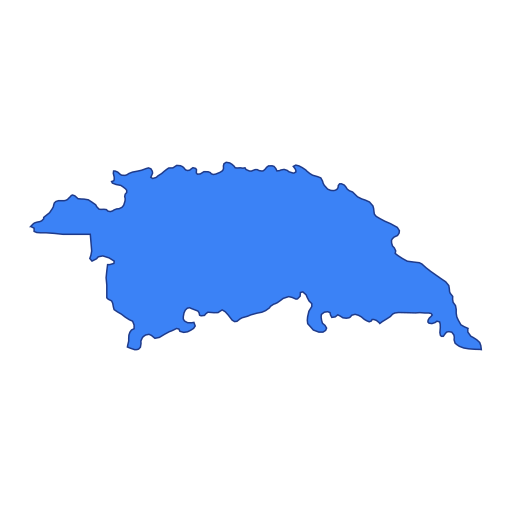 the district of Mazyr, Gomel, Belarus
{"feature_id": "67162791B88851399193905", "entity_name": "Mazyr", "entity_type": "district", "adm_level": 2, "iso_a3": "BLR", "parent_name": "Belarus", "parent_adm1": "Gomel", "projection": "robinson", "projection_center": [29.026, 51.973], "detail": "fine", "context": "isolated", "style": "filled", "palette": "blue", "viewbox_px": 512, "rotation_deg": 0, "n_neighbors": 0, "source": "geoboundaries", "source_scale": "gbopen_adm2", "svg_char_len": 5610}
<svg xmlns="http://www.w3.org/2000/svg" viewBox="0 0 512 512"><path d="M127.4,347.0L130.6,348.3L134.8,349.7L136.9,349.6L138.6,349.1L140.4,347.2L141.0,343.6L140.9,341.0L142.3,337.8L143.3,336.6L145.6,335.0L149.0,334.3L151.4,335.4L154.9,338.3L159.4,337.4L164.5,334.3L169.3,331.7L171.5,330.9L173.7,329.9L176.5,328.5L178.9,329.0L179.9,331.3L183.7,332.4L187.6,331.8L190.8,330.2L193.6,328.4L195.2,326.0L193.9,322.4L191.5,322.8L187.6,322.7L184.5,321.0L183.3,319.0L183.3,316.6L184.0,312.9L185.3,310.1L187.3,308.2L189.7,307.7L191.3,308.5L194.2,309.6L197.8,311.0L199.0,312.6L199.6,315.2L201.1,315.8L204.5,315.4L205.8,313.8L207.9,312.2L213.9,312.7L218.0,312.6L220.4,311.0L222.2,309.9L225.3,311.8L228.2,315.0L230.2,317.6L232.1,320.1L234.6,321.6L237.0,321.3L239.9,319.0L242.0,317.8L247.7,316.2L250.7,314.9L256.8,313.2L261.9,312.2L265.6,310.6L269.4,307.9L270.5,306.3L273.6,304.2L274.9,303.8L277.3,302.7L280.7,300.3L283.2,298.4L288.7,296.6L292.1,297.4L296.0,299.1L297.5,298.9L300.1,296.2L300.4,292.5L302.8,291.9L306.1,294.8L307.2,297.4L309.0,300.9L311.8,303.7L311.8,306.5L310.2,309.1L308.9,311.2L307.6,316.8L307.3,320.2L307.7,323.7L310.5,326.8L313.3,330.0L318.8,332.1L323.0,332.1L325.6,330.4L326.6,328.1L325.0,325.4L322.5,323.3L321.6,320.4L321.1,317.1L321.4,314.4L324.3,312.2L327.7,311.7L330.0,312.6L330.5,314.9L331.8,317.4L335.2,316.9L337.8,314.8L340.6,316.3L342.9,317.8L346.3,318.2L349.0,317.8L350.2,317.1L351.8,315.2L355.1,314.3L358.5,315.3L361.4,316.9L364.2,319.3L366.6,320.7L369.2,321.8L371.3,321.0L372.1,319.5L373.9,319.5L376.4,320.4L379.1,322.6L379.8,323.5L382.3,321.6L385.4,319.7L387.8,318.2L390.4,316.5L392.6,314.1L394.8,313.0L398.5,312.5L403.2,312.6L407.9,312.7L415.4,312.9L419.8,312.6L425.0,313.0L428.8,313.0L431.2,313.5L432.2,315.0L431.0,316.5L429.3,318.1L428.1,320.2L427.9,322.0L429.0,323.2L431.9,323.6L435.2,322.5L436.9,321.2L439.6,321.9L440.2,324.1L440.3,327.5L439.9,332.6L440.4,335.3L441.4,336.3L443.3,336.3L444.9,334.1L446.6,332.1L448.8,331.6L451.8,332.2L453.9,335.0L454.3,337.3L454.1,339.9L455.1,343.2L456.8,344.6L459.3,346.3L463.8,348.0L468.6,348.8L472.4,349.1L475.5,349.3L479.8,349.4L481.3,349.6L480.8,345.6L479.7,342.5L476.8,339.8L473.4,337.6L470.8,336.2L467.8,332.0L467.8,328.7L468.0,328.4L464.2,326.7L460.9,324.8L458.2,320.0L456.8,316.9L456.2,313.2L456.2,309.4L455.5,305.6L453.1,302.3L452.6,299.3L452.7,296.4L450.3,293.4L449.6,291.8L449.3,288.6L448.8,285.6L445.7,281.8L441.1,278.7L435.4,274.7L430.7,271.4L426.1,267.8L421.9,264.0L419.3,262.7L414.1,262.1L407.3,261.2L402.4,258.5L397.7,255.4L395.2,253.4L395.7,250.9L394.3,247.9L392.5,246.0L391.6,243.0L391.5,240.3L392.4,238.7L394.2,237.0L397.5,235.5L399.1,233.1L399.4,230.7L397.3,227.4L390.6,223.7L384.8,221.2L380.1,218.7L376.2,216.4L374.4,214.2L374.0,211.9L373.6,208.4L372.9,205.9L369.5,202.0L365.3,200.1L361.7,198.9L357.5,196.8L352.6,192.0L349.3,190.7L347.2,189.1L345.9,187.0L344.3,185.1L341.5,183.8L339.6,183.8L338.3,185.5L338.1,187.5L337.0,189.3L335.2,190.3L333.4,190.6L330.7,190.4L327.6,189.1L325.6,186.8L324.3,185.4L323.2,183.4L322.5,181.0L320.8,177.9L317.8,176.7L312.6,175.2L309.9,173.6L306.8,171.1L305.8,170.0L302.4,167.7L299.0,165.9L295.8,165.1L293.3,166.4L295.0,168.6L295.8,170.2L295.9,171.9L294.1,173.0L293.2,173.1L289.0,171.8L287.2,170.4L284.1,169.4L280.8,170.0L279.7,170.6L276.9,170.9L275.8,168.5L274.0,166.4L272.1,165.8L268.5,165.9L266.6,167.3L265.3,169.0L264.3,170.0L263.0,170.9L261.7,171.0L259.1,170.6L258.0,170.0L257.1,169.6L255.2,169.6L252.8,170.5L251.3,171.1L249.4,171.0L246.0,169.5L245.0,167.8L242.9,168.2L240.4,167.8L237.3,168.0L235.2,167.8L234.2,166.3L232.1,164.4L229.7,162.9L226.2,162.3L224.0,163.7L223.4,165.9L223.5,168.4L223.0,170.0L222.0,171.1L219.9,172.4L217.9,173.2L215.7,174.1L213.3,174.5L211.3,173.8L210.3,172.6L208.3,171.8L206.0,171.7L203.9,171.7L201.8,173.0L200.3,173.9L197.4,174.2L196.3,172.9L196.5,169.6L195.6,168.4L192.9,167.7L191.2,168.9L189.6,170.2L187.5,170.5L185.6,169.9L184.8,169.0L183.6,167.5L182.4,166.6L180.4,165.7L176.7,165.4L172.9,167.9L168.7,168.0L166.5,169.5L164.1,171.4L161.7,173.5L157.9,175.9L156.3,177.4L152.7,178.5L150.8,177.3L151.6,175.5L152.6,173.1L152.3,171.2L150.9,168.8L148.5,167.9L146.3,168.5L143.6,169.5L141.3,170.3L137.7,171.1L132.5,172.1L128.9,173.5L126.9,174.8L125.0,175.4L121.6,175.2L120.2,174.3L117.7,172.1L115.0,171.0L113.6,171.0L113.3,173.4L113.8,175.4L114.2,177.1L114.2,179.6L113.7,180.8L111.6,181.5L112.4,183.1L116.1,184.5L120.8,185.4L123.2,187.0L125.5,188.8L126.7,190.3L126.7,192.5L125.2,194.2L124.7,196.5L125.2,198.7L125.0,201.1L124.3,203.3L123.7,205.2L122.0,207.3L119.1,208.7L116.8,208.9L114.1,209.9L112.6,210.9L110.3,211.6L107.9,211.1L106.4,209.6L104.0,209.3L100.9,209.4L99.1,209.2L96.7,206.7L95.7,204.8L91.9,202.1L88.3,199.8L84.0,199.1L81.3,199.0L78.0,198.7L76.5,197.3L74.8,195.8L72.5,195.0L71.3,195.5L70.2,196.8L68.7,198.2L67.5,199.5L65.9,200.3L64.2,200.7L60.9,200.7L58.4,200.7L55.9,201.5L54.3,203.0L53.7,205.0L53.3,206.9L52.1,209.0L50.8,210.9L49.5,212.8L47.3,214.5L43.7,217.4L43.7,218.8L41.7,220.8L39.9,221.6L37.2,222.1L34.9,222.8L33.5,223.6L31.4,225.7L30.7,226.5L30.8,226.5L34.1,228.2L34.1,231.4L36.7,232.5L40.7,232.8L46.3,232.8L54.4,233.4L62.9,234.3L71.4,234.3L77.7,234.3L83.6,234.3L90.3,234.3L91.7,251.0L90.9,255.3L89.8,258.5L92.0,261.1L96.5,258.8L98.3,256.8L102.8,255.9L109.1,257.9L114.2,261.1L113.9,263.4L109.8,264.6L107.6,264.6L106.8,270.9L106.1,277.8L106.8,285.1L106.8,293.7L106.8,297.8L108.2,299.2L111.6,300.9L112.7,303.3L113.4,307.0L114.1,309.6L117.5,311.9L121.5,314.2L125.2,317.1L129.3,319.7L132.6,321.2L134.1,325.0L134.1,328.7L131.5,330.0L129.9,332.2L128.9,335.1L128.7,338.5L128.7,341.1L127.7,345.3L127.4,347.0Z" fill="#3b82f6" stroke="#1e3a8a" stroke-width="1.5"/></svg>